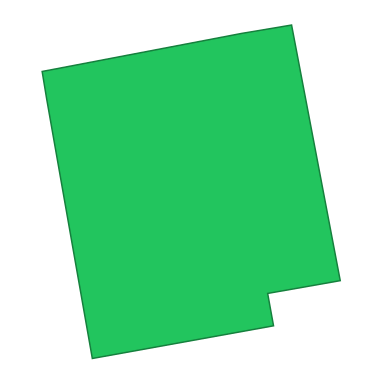 the district of Palo Pinto, Texas, United States of America, rotated 169°
{"feature_id": "52423323B58285060103577", "entity_name": "Palo Pinto", "entity_type": "district", "adm_level": 2, "iso_a3": "USA", "parent_name": "United States of America", "parent_adm1": "Texas", "projection": "albers", "projection_center": [-98.332, 32.76], "detail": "fine", "context": "isolated", "style": "filled", "palette": "green", "viewbox_px": 384, "rotation_deg": 169, "n_neighbors": 0, "source": "geoboundaries", "source_scale": "gbopen_adm2", "svg_char_len": 284}
<svg xmlns="http://www.w3.org/2000/svg" viewBox="0 0 384 384"><g transform="rotate(169 192 192)"><path d="M316.9,311.0L321.6,47.6L137.5,45.1L137.1,78.0L63.4,76.7L62.9,207.3L62.4,336.9L112.9,338.2L316.1,338.9L316.9,311.0Z" fill="#22c55e" stroke="#15803d" stroke-width="1.5"/></g></svg>